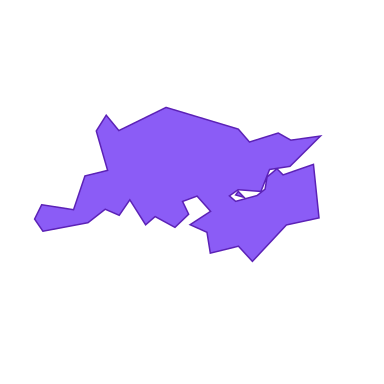 the border of Jiangsu, rotated 309°
{"feature_id": "CHN-1818", "entity_name": "Jiangsu", "entity_type": "Province", "adm_level": 1, "iso_a3": "CHN", "parent_name": "China", "parent_adm1": "", "projection": "mercator", "projection_center": [119.061, 32.938], "detail": "coarse", "context": "isolated", "style": "filled", "palette": "violet", "viewbox_px": 384, "rotation_deg": 309, "n_neighbors": 0, "source": "natural_earth", "source_scale": "10m", "svg_char_len": 762}
<svg xmlns="http://www.w3.org/2000/svg" viewBox="0 0 384 384"><g transform="rotate(309 192 192)"><path d="M197.7,77.0L193.7,96.5L241.4,118.6L270.0,188.4L267.0,205.2L292.1,221.9L294.5,236.2L316.3,256.6L273.6,252.0L258.3,238.1L235.8,245.2L222.8,226.4L212.5,223.5L212.2,231.8L230.2,244.8L240.2,247.0L250.9,240.9L263.5,243.4L262.6,252.0L289.9,269.0L251.8,307.0L225.8,286.1L176.1,282.6L179.1,262.2L156.0,244.7L170.1,229.0L165.4,211.1L188.7,218.6L192.0,198.5L178.7,190.6L172.6,203.4L153.8,201.0L149.7,178.8L137.3,176.6L146.8,148.6L128.1,150.1L124.0,135.4L102.7,130.5L67.7,100.8L71.9,86.7L87.5,83.2L103.7,111.1L137.1,98.7L155.7,112.8L179.2,79.2L197.7,77.0ZM221.6,227.6L220.6,235.8L217.2,227.8L221.6,227.6Z" fill="#8b5cf6" stroke="#5b21b6" stroke-width="1.5"/></g></svg>